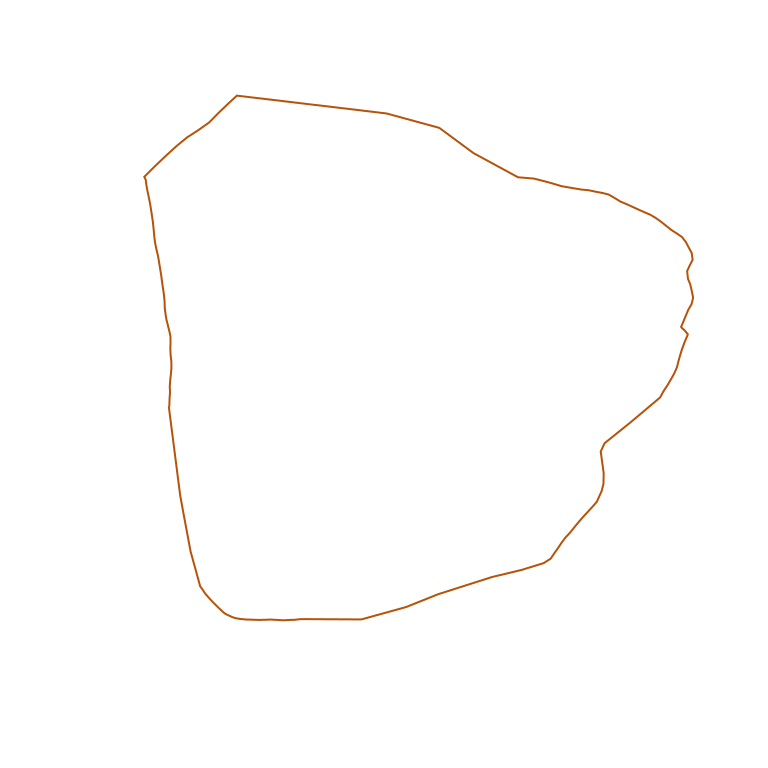 outline of Markhah Al Olya, Shabwah, Yemen, rotated 14°
{"feature_id": "15242507B22375918016424", "entity_name": "Markhah Al Olya", "entity_type": "district", "adm_level": 2, "iso_a3": "YEM", "parent_name": "Yemen", "parent_adm1": "Shabwah", "projection": "mercator", "projection_center": [45.924, 14.502], "detail": "fine", "context": "isolated", "style": "outline", "palette": "amber", "viewbox_px": 768, "rotation_deg": 14, "n_neighbors": 0, "source": "geoboundaries", "source_scale": "gbopen_adm2", "svg_char_len": 2253}
<svg xmlns="http://www.w3.org/2000/svg" viewBox="0 0 768 768"><g transform="rotate(14 384 384)"><path d="M278.9,641.9L280.4,642.7L283.2,644.3L283.6,644.5L286.1,645.5L289.5,646.2L292.7,646.8L295.9,647.1L298.7,647.0L301.8,646.7L305.6,646.1L308.3,645.7L311.0,645.0L314.5,644.3L317.7,643.6L320.6,643.0L323.2,642.2L325.9,641.5L328.8,640.6L331.7,639.8L334.3,639.4L337.0,638.8L339.9,638.3L343.1,637.7L345.9,636.9L348.5,636.1L351.4,635.2L354.5,634.4L357.5,633.2L360.4,632.2L419.0,617.9L459.2,595.2L487.5,574.8L535.4,545.2L562.1,531.3L582.2,519.2L588.0,513.1L590.2,507.0L592.6,500.9L594.7,495.0L597.3,488.9L600.5,483.2L603.7,476.2L606.6,470.2L609.6,464.3L612.8,458.5L615.8,453.0L619.0,446.8L619.9,441.7L621.1,435.1L621.1,427.7L618.7,417.3L610.6,397.0L612.4,388.0L632.3,361.8L655.2,330.2L656.8,323.9L659.4,316.5L661.3,309.9L663.0,303.8L664.2,297.0L664.2,290.5L664.4,284.1L664.8,277.0L664.9,276.8L665.6,270.1L666.7,263.6L666.7,262.2L662.5,259.1L659.8,257.8L658.5,256.7L661.3,238.3L663.1,232.2L663.1,225.6L660.2,219.4L657.0,213.2L653.4,208.2L650.8,201.0L652.0,194.9L653.4,188.8L650.9,182.5L646.7,177.9L642.6,173.3L637.7,169.4L631.8,167.1L626.0,165.2L620.0,162.5L614.1,159.8L612.9,159.3L608.2,157.4L601.3,155.3L594.9,154.3L588.8,153.2L582.8,152.1L580.9,151.7L576.0,150.8L569.3,149.8L563.0,147.8L556.1,145.8L549.6,145.8L543.3,146.2L535.4,146.5L528.3,147.6L520.7,148.2L508.4,149.1L502.1,148.8L494.2,148.5L479.5,148.4L479.3,148.5L464.0,151.0L414.9,138.3L375.7,122.1L320.9,120.9L171.5,139.8L165.3,149.2L158.3,160.3L151.1,172.5L142.6,182.4L133.4,192.2L125.2,203.2L117.7,214.5L110.1,226.4L103.4,237.4L101.3,241.0L103.4,243.5L105.7,249.4L108.2,254.8L110.6,259.7L113.2,265.2L115.7,271.0L118.2,277.0L120.7,283.1L122.0,286.7L123.6,291.1L125.4,296.4L127.7,302.3L130.6,308.4L133.7,314.3L136.4,320.5L139.2,327.0L141.5,332.4L143.9,338.5L146.1,343.9L148.4,349.4L151.0,356.6L152.8,363.0L155.2,369.3L157.5,374.5L159.8,378.7L160.1,379.4L162.9,384.6L165.3,389.5L166.8,395.3L168.2,401.7L170.1,408.0L172.2,413.5L173.9,420.1L174.8,425.7L175.6,431.7L176.7,438.1L178.4,443.9L179.6,450.7L181.0,457.1L180.9,458.6L211.5,537.1L213.5,542.1L222.2,561.3L236.8,593.2L254.6,624.8L256.8,626.6L261.2,630.6L265.8,633.8L270.4,636.9L278.9,641.9Z" fill="none" stroke="#b45309" stroke-width="2"/></g></svg>